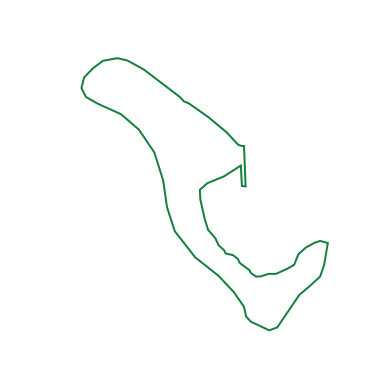 Pingelap, Federated States of Micronesia (Natural Earth projection), rotated 124°
{"feature_id": "79324940B997919972842", "entity_name": "Pingelap", "entity_type": "district", "adm_level": 2, "iso_a3": "FSM", "parent_name": "Federated States of Micronesia", "parent_adm1": "", "projection": "natural_earth1", "projection_center": [160.709, 6.209], "detail": "fine", "context": "isolated", "style": "outline", "palette": "green", "viewbox_px": 384, "rotation_deg": 124, "n_neighbors": 0, "source": "geoboundaries", "source_scale": "gbopen_adm2", "svg_char_len": 935}
<svg xmlns="http://www.w3.org/2000/svg" viewBox="0 0 384 384"><g transform="rotate(124 192 192)"><path d="M158.3,50.9L160.9,58.4L165.7,62.1L174.3,66.5L184.0,69.0L195.2,66.6L201.7,69.7L212.9,76.6L217.2,82.9L223.6,87.9L226.3,91.6L226.3,97.8L224.7,100.3L224.1,112.8L221.9,116.5L221.4,122.7L224.1,129.6L222.4,132.7L221.3,140.2L217.3,146.7L214.3,157.6L207.3,166.3L193.9,180.6L185.8,186.7L176.1,184.2L161.1,174.2L142.7,166.3L159.1,154.0L157.4,150.7L124.8,174.6L126.4,177.5L127.0,180.4L123.2,196.3L120.8,220.3L120.3,244.3L121.4,249.2L120.0,255.6L117.4,300.5L119.1,319.1L122.7,328.6L133.0,339.2L144.9,343.3L157.4,345.5L167.6,341.8L172.5,333.1L171.5,319.4L167.2,294.4L170.0,270.8L180.3,245.3L198.6,222.3L218.5,204.3L234.1,184.4L244.4,152.7L246.6,123.4L251.5,101.7L258.0,84.9L265.0,77.4L266.6,70.6L263.5,50.6L256.5,45.6L249.0,45.6L217.3,45.5L202.6,41.4L190.5,38.5L178.7,41.6L158.3,50.9Z" fill="none" stroke="#15803d" stroke-width="2"/></g></svg>